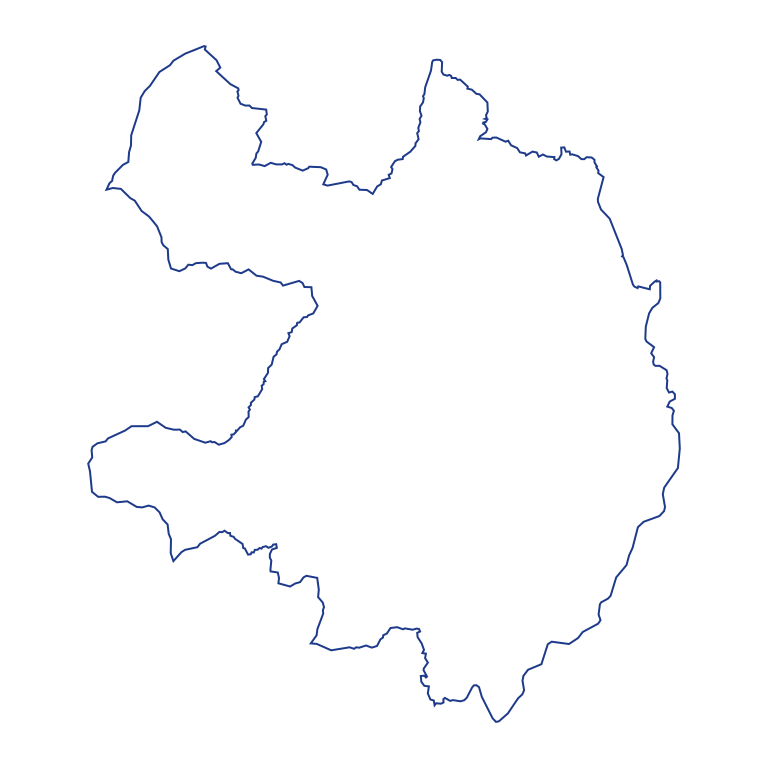 the district of Palermo, Huila, Colombia
{"feature_id": "7082276B31327332190978", "entity_name": "Palermo", "entity_type": "district", "adm_level": 2, "iso_a3": "COL", "parent_name": "Colombia", "parent_adm1": "Huila", "projection": "orthographic", "projection_center": [-75.466, 2.914], "detail": "fine", "context": "isolated", "style": "outline", "palette": "blue", "viewbox_px": 768, "rotation_deg": 0, "n_neighbors": 0, "source": "geoboundaries", "source_scale": "gbopen_adm2", "svg_char_len": 6076}
<svg xmlns="http://www.w3.org/2000/svg" viewBox="0 0 768 768"><path d="M131.0,145.5L129.1,152.0L128.3,162.0L123.0,164.8L114.9,173.0L113.1,175.9L112.1,180.9L109.5,183.2L106.5,189.7L112.8,188.0L120.9,188.9L130.3,198.1L134.8,200.7L141.6,211.0L149.0,216.5L153.7,222.1L157.1,226.4L161.5,237.4L161.6,242.0L163.2,245.2L167.8,249.1L168.3,259.5L171.0,268.5L179.4,271.2L185.3,268.4L188.3,264.7L192.5,265.1L195.7,263.2L202.2,262.7L206.0,262.9L207.4,266.6L211.0,268.6L219.5,263.8L227.9,263.2L231.1,269.3L232.8,269.4L235.5,271.7L241.3,273.2L248.6,269.4L256.5,275.7L263.1,276.7L273.1,280.8L280.7,282.5L283.0,285.6L299.1,280.9L302.5,283.0L304.4,287.0L311.4,287.2L312.2,296.0L317.6,305.8L313.3,313.4L308.1,315.4L307.0,317.0L303.6,317.3L299.6,322.4L297.2,322.8L296.8,325.3L292.3,328.5L291.7,332.1L288.4,333.2L289.6,336.1L287.2,341.8L281.7,344.2L279.5,349.3L277.0,351.7L276.5,354.4L273.6,356.7L271.7,364.6L268.1,368.1L268.0,372.8L263.9,379.1L265.3,381.2L263.8,381.6L263.6,384.2L261.7,385.7L262.2,389.1L257.9,396.3L254.7,397.1L254.4,399.5L250.9,402.8L250.9,405.1L248.6,407.4L249.9,409.6L248.5,411.6L248.7,417.0L245.9,419.6L243.2,425.8L240.2,427.2L237.0,430.8L235.9,430.6L235.9,432.1L233.6,434.4L231.4,434.7L231.7,437.1L228.8,440.1L224.6,443.0L218.8,444.7L214.5,442.0L212.0,442.3L210.7,441.2L205.3,442.7L194.2,438.9L185.6,431.4L182.7,432.1L179.9,429.6L173.9,429.7L165.7,427.8L157.0,421.8L148.0,426.2L131.5,426.2L125.2,430.5L108.0,438.4L105.6,441.4L97.4,443.3L92.6,446.8L91.6,450.0L92.2,457.5L88.2,463.6L90.0,471.4L92.0,491.8L98.1,496.8L105.0,496.7L109.5,498.0L117.0,502.3L127.3,501.3L136.7,506.9L142.2,507.4L148.6,505.6L154.6,507.4L159.6,512.4L162.6,519.2L167.6,524.5L168.7,533.7L171.0,539.3L170.7,553.1L173.4,561.1L181.5,552.1L185.2,549.8L197.4,547.2L200.1,543.7L214.8,535.9L219.5,531.9L222.2,532.2L224.5,530.7L227.9,533.1L230.0,533.0L230.4,535.8L233.6,536.8L235.1,538.9L242.5,543.9L243.3,548.1L244.8,548.4L248.1,554.6L250.7,554.3L251.6,552.3L253.8,552.5L254.8,549.9L257.6,549.7L259.7,548.0L261.6,548.6L262.6,547.1L266.0,546.2L268.5,547.8L271.9,546.5L273.2,544.6L276.2,544.2L276.8,547.9L272.0,549.5L269.9,553.9L269.8,557.6L271.3,560.5L270.4,569.9L270.6,571.4L277.8,572.5L279.0,578.1L278.4,583.3L290.1,586.5L295.2,583.5L300.1,582.1L303.4,577.5L306.4,575.8L317.2,577.9L318.8,589.7L318.1,597.1L322.8,602.6L324.0,607.2L322.9,610.2L323.2,613.6L317.4,629.1L316.6,635.3L310.8,643.4L316.7,643.9L331.2,650.3L349.6,647.3L354.1,648.8L356.2,647.3L359.2,647.7L366.0,645.5L371.8,647.6L377.0,646.0L380.4,639.4L383.0,637.5L383.2,635.3L386.9,633.5L390.5,628.0L397.3,627.2L403.0,629.3L404.8,628.4L412.7,629.7L416.4,628.6L419.0,629.0L420.1,631.5L417.2,632.8L417.6,637.1L421.7,643.5L424.0,649.9L422.4,653.1L425.9,653.6L425.1,658.2L427.9,662.6L423.7,668.6L423.6,670.3L427.0,676.5L426.0,677.5L424.3,675.7L420.8,676.0L421.3,681.7L424.3,685.8L428.9,686.4L427.8,693.4L430.4,699.5L433.8,700.5L434.6,705.3L436.2,703.3L441.0,703.7L443.5,702.5L443.4,699.2L444.9,697.9L450.2,700.9L452.8,700.1L460.7,701.3L464.4,700.1L466.8,697.7L472.2,687.3L473.9,685.4L476.3,685.2L479.0,687.1L481.8,696.8L492.6,718.3L496.0,721.9L498.9,721.3L507.9,713.4L518.0,698.4L522.4,694.3L524.1,690.2L522.5,680.8L523.4,675.9L528.1,669.7L541.4,664.2L547.8,644.2L551.7,641.7L569.0,644.0L578.1,638.0L582.7,632.0L598.1,623.7L600.5,620.2L598.6,614.5L599.9,604.3L601.2,602.3L608.0,598.6L610.6,595.8L616.2,577.4L626.5,565.1L629.1,555.4L632.6,547.8L637.9,527.2L643.6,521.8L659.5,516.0L664.1,511.0L665.0,507.0L662.8,494.2L664.2,487.6L677.9,468.0L679.8,448.5L679.0,433.2L672.4,424.3L672.5,415.3L673.9,410.8L671.7,408.0L667.3,406.6L669.7,401.6L674.9,398.8L674.9,394.3L672.4,391.6L669.0,392.5L666.7,388.1L667.3,380.3L666.5,378.4L667.5,373.8L666.6,370.2L659.5,365.8L655.4,365.9L653.7,364.5L653.1,361.6L654.1,357.3L651.2,353.2L654.1,347.2L646.5,341.5L645.3,338.9L645.8,326.6L649.1,313.4L652.3,307.9L658.4,303.0L660.3,298.4L660.2,282.3L659.1,281.2L656.7,281.5L656.5,280.5L654.4,281.8L650.1,285.8L649.8,289.3L638.3,286.4L637.6,288.1L634.3,286.5L632.9,284.5L626.8,265.2L623.5,257.2L622.1,256.3L623.0,255.3L621.7,249.0L609.7,218.7L601.0,209.5L598.0,201.9L597.8,199.0L603.6,177.1L598.2,173.1L598.5,170.7L596.3,167.1L597.0,166.5L594.5,162.4L594.5,159.8L591.7,157.5L586.6,157.2L584.4,159.1L581.3,159.1L578.0,156.1L572.1,154.3L570.3,154.7L569.5,151.5L566.0,151.7L564.3,147.4L561.2,147.6L561.5,154.2L558.9,158.9L556.3,160.4L554.1,159.0L554.4,157.1L546.7,156.5L543.0,154.5L538.8,156.7L536.8,152.5L532.5,151.6L526.0,155.5L525.2,153.4L519.9,152.3L517.2,148.1L511.1,145.3L508.2,140.7L505.6,141.7L496.3,137.5L492.5,137.7L491.1,139.1L480.4,138.4L478.8,139.2L480.1,136.3L486.0,132.2L487.4,128.9L484.6,124.2L483.0,123.6L483.3,122.5L485.8,122.0L487.4,119.4L485.0,118.8L486.7,118.0L486.0,115.2L487.8,111.5L487.4,102.5L479.5,94.3L476.3,93.8L471.9,89.7L467.4,88.6L467.8,86.6L460.1,79.6L457.6,79.9L455.7,78.0L451.7,78.0L451.2,76.0L449.3,74.9L447.3,75.7L443.5,74.6L441.7,71.7L442.1,62.2L440.3,60.0L436.4,59.7L433.1,60.4L432.2,62.0L431.0,70.5L425.2,87.3L424.4,94.1L423.0,96.2L423.8,98.1L423.0,102.4L420.2,106.4L419.9,111.1L421.5,115.8L419.6,119.0L420.4,122.3L418.3,127.9L418.9,131.1L417.2,133.1L418.6,139.2L415.5,143.4L415.4,145.9L410.3,151.7L403.0,156.8L402.7,159.1L397.7,159.7L394.9,161.2L391.1,167.0L392.5,169.1L391.5,173.4L388.7,174.8L389.8,178.1L381.9,180.5L380.8,184.3L377.2,186.4L372.7,193.9L367.0,190.0L359.4,189.7L357.0,186.2L353.4,185.0L351.6,182.1L349.2,181.4L327.5,185.6L323.3,184.3L327.7,174.7L326.2,169.5L320.8,167.2L309.2,166.7L308.2,168.2L302.7,170.6L295.2,167.6L292.4,165.1L288.3,163.9L286.5,164.7L284.5,163.2L282.0,164.4L276.3,164.4L270.7,162.8L264.7,166.1L259.1,164.5L252.7,164.8L252.3,163.5L255.7,157.9L256.4,153.5L258.2,151.4L261.2,141.8L256.3,133.1L263.4,124.3L264.1,122.0L266.3,120.8L265.3,116.2L266.8,114.5L266.2,109.6L251.9,108.0L249.4,105.5L245.4,105.6L240.5,103.7L237.5,97.7L238.5,95.8L237.4,91.5L238.6,90.1L238.3,88.4L230.3,84.1L216.2,71.1L220.3,67.6L216.5,60.2L204.8,49.5L205.6,46.5L204.1,46.1L185.3,53.6L173.4,60.7L170.1,65.1L159.4,72.0L150.0,85.8L144.7,91.1L140.7,97.7L139.3,110.3L131.2,135.3L131.0,145.5Z" fill="none" stroke="#1e3a8a" stroke-width="2"/></svg>